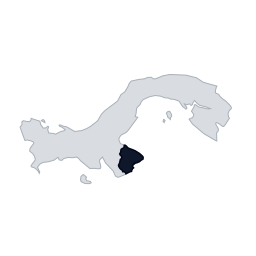 where Los Santos sits in Panama, rotated 340°
{"feature_id": "PAN-1339", "entity_name": "Los Santos", "entity_type": "Province", "adm_level": 1, "iso_a3": "PAN", "parent_name": "Panama", "parent_adm1": "", "projection": "mercator", "projection_center": [-80.421, 7.617], "detail": "fine", "context": "in_parent", "style": "filled", "palette": "ink", "viewbox_px": 256, "rotation_deg": 340, "n_neighbors": 0, "source": "natural_earth", "source_scale": "10m", "svg_char_len": 4204}
<svg xmlns="http://www.w3.org/2000/svg" viewBox="0 0 256 256"><g transform="rotate(340 128 128)"><path d="M225.9,119.1L225.2,119.5L223.2,122.4L222.1,124.8L224.7,127.4L225.4,130.1L226.9,133.1L229.1,136.1L231.6,141.6L232.2,143.8L231.5,145.3L229.1,146.2L226.9,148.7L226.3,151.9L226.7,153.5L220.0,158.5L218.3,159.3L217.1,158.5L215.7,156.0L214.0,154.0L213.1,153.3L212.5,153.2L212.0,153.7L211.8,154.8L212.6,159.5L211.9,161.5L209.6,162.9L207.0,170.6L206.0,169.7L197.4,159.3L190.0,146.4L188.4,140.6L190.3,140.3L192.2,140.4L193.2,139.5L194.4,137.8L193.4,133.9L197.1,130.9L198.4,128.9L199.4,129.1L201.8,132.6L205.2,134.5L209.4,137.4L212.0,138.0L208.7,135.0L203.0,131.1L201.4,128.5L199.9,124.9L197.7,126.4L196.7,127.8L195.5,128.5L194.5,127.6L194.3,126.4L191.0,126.2L190.1,125.2L189.2,124.6L189.6,126.8L190.3,128.2L189.9,129.9L188.8,130.0L187.9,128.3L186.7,126.7L185.1,120.1L181.3,117.0L179.5,116.0L178.1,115.6L176.0,113.5L173.2,112.4L169.3,109.1L164.7,106.8L158.9,106.0L152.0,106.5L149.6,107.8L148.0,109.4L147.3,110.2L143.2,112.1L141.6,114.8L140.6,117.1L138.6,119.7L140.9,121.3L127.5,130.2L124.8,131.5L118.8,132.4L117.4,133.4L115.6,135.1L115.3,137.8L115.6,140.1L117.4,141.8L118.9,142.9L122.7,148.2L129.3,154.9L130.6,157.3L131.6,160.9L129.6,162.6L128.0,163.3L121.7,163.6L119.5,165.0L118.7,167.2L116.3,169.0L108.2,170.8L101.8,171.0L99.8,168.9L99.3,163.1L95.0,153.3L94.0,146.5L92.9,147.3L90.6,148.1L89.8,149.8L89.3,154.8L88.4,156.5L86.6,156.4L83.0,154.6L78.2,152.9L72.1,142.3L71.4,140.3L70.2,137.9L65.5,136.9L61.5,135.1L57.0,134.8L54.8,135.8L52.5,134.5L52.1,131.6L47.5,132.9L41.5,132.5L36.2,131.2L32.6,131.9L29.5,133.9L30.0,139.2L29.1,140.3L28.9,138.1L27.9,135.6L26.6,133.6L23.9,131.4L23.8,130.6L24.8,129.6L29.7,126.5L30.3,125.2L30.4,122.5L29.9,119.9L27.7,116.1L29.0,113.7L31.5,111.9L34.0,110.4L34.5,109.7L34.0,108.4L32.5,107.0L29.0,104.7L26.9,104.5L26.8,97.7L26.9,90.4L27.4,89.7L28.7,89.3L29.7,88.2L30.3,86.0L31.9,85.3L34.6,86.9L37.5,88.4L38.6,87.9L39.5,87.2L40.1,86.5L40.3,85.8L42.6,87.7L47.2,91.2L47.5,92.9L47.1,94.5L48.3,99.1L50.8,99.8L53.2,98.9L53.8,99.7L53.3,100.6L52.1,101.6L51.8,105.6L55.7,107.4L57.7,109.0L64.3,108.3L66.7,108.7L68.4,108.2L66.5,105.0L64.1,102.7L64.3,101.6L66.1,102.4L67.6,104.0L70.8,106.0L76.7,113.0L83.6,114.6L89.0,114.4L94.0,113.5L102.0,110.8L107.8,105.9L112.4,103.7L127.4,99.1L132.8,94.2L135.0,93.6L137.2,93.0L141.9,89.3L144.4,86.5L147.1,85.0L155.0,86.1L160.2,87.4L163.7,87.2L167.1,88.2L168.6,90.3L170.2,91.2L178.6,90.9L185.5,92.0L200.5,98.1L209.5,104.2L214.3,110.7L225.9,119.1ZM74.7,166.9L72.7,167.1L68.7,165.5L65.8,162.6L65.6,161.6L65.6,160.6L67.2,157.5L69.4,156.5L70.2,156.5L72.2,160.0L70.8,161.4L71.4,163.6L74.3,165.2L74.7,166.9ZM171.4,132.9L170.7,134.5L169.0,131.1L169.3,130.2L169.1,127.1L170.7,126.3L171.9,126.2L172.9,126.6L173.5,130.3L173.0,131.9L171.4,132.9ZM52.1,92.9L51.8,94.6L49.0,91.5L50.6,91.0L51.2,91.1L52.1,92.9ZM165.4,133.7L163.8,135.3L163.2,133.7L164.3,132.2L164.7,132.2L165.4,133.7Z" fill="#d9dde1" stroke="#a8b0b8" stroke-width="1"/><path d="M118.6,142.9L119.5,143.2L120.3,144.5L120.8,146.0L121.3,147.0L124.7,149.8L126.9,151.8L130.1,155.9L131.8,159.0L132.2,160.1L132.2,160.8L131.6,162.1L131.4,162.4L130.9,162.5L130.0,162.6L129.7,162.6L127.1,163.6L124.9,163.6L124.5,163.8L124.0,163.6L123.1,163.4L122.7,163.1L122.2,163.3L121.0,163.6L121.0,163.8L121.5,163.8L121.9,163.7L122.2,163.6L122.5,163.4L122.7,163.6L120.2,164.4L119.2,165.1L119.1,166.1L119.7,167.1L119.6,167.4L118.7,167.6L118.4,167.6L118.2,167.8L117.9,168.0L117.7,168.6L117.2,168.8L116.8,169.0L116.7,169.3L116.7,169.6L116.7,169.8L116.4,170.0L116.1,170.0L115.4,169.8L115.0,169.8L110.7,170.3L110.4,170.4L110.3,169.1L110.1,168.6L109.7,168.2L109.0,167.6L108.6,167.4L108.1,167.3L108.1,167.1L108.2,166.7L108.1,166.2L107.9,165.3L107.0,164.1L106.4,162.4L106.2,160.8L106.3,159.8L108.2,157.9L110.0,155.0L110.3,154.8L110.7,154.8L111.0,154.7L111.3,154.4L111.7,154.0L112.1,153.3L112.2,152.9L112.2,152.5L112.2,152.2L112.1,151.9L111.6,151.3L111.5,151.0L111.4,150.7L111.5,150.4L111.4,149.9L111.3,149.6L111.5,149.3L111.9,149.0L112.5,148.6L112.9,148.0L114.0,146.0L114.4,145.6L115.6,145.3L116.7,145.3L117.2,145.2L117.5,144.9L117.9,144.4L118.1,143.7L118.3,143.4L118.6,142.9Z" fill="#0f172a" stroke="#020617" stroke-width="1.5"/></g></svg>